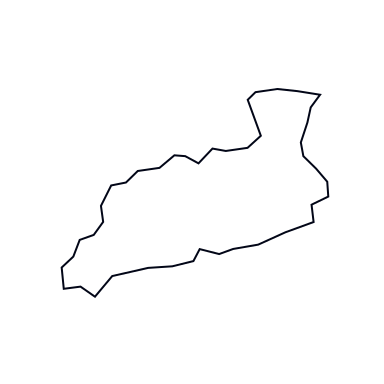 the District of Lipljan, rotated 340°
{"feature_id": "KOS-5903", "entity_name": "Lipljan", "entity_type": "District", "adm_level": 1, "iso_a3": "XKX", "parent_name": "Kosovo", "parent_adm1": "", "projection": "orthographic", "projection_center": [21.101, 42.527], "detail": "fine", "context": "isolated", "style": "outline", "palette": "ink", "viewbox_px": 384, "rotation_deg": 340, "n_neighbors": 0, "source": "natural_earth", "source_scale": "10m", "svg_char_len": 708}
<svg xmlns="http://www.w3.org/2000/svg" viewBox="0 0 384 384"><g transform="rotate(340 192 192)"><path d="M43.7,218.4L58.4,212.1L70.1,198.6L85.0,198.7L98.3,189.7L101.7,173.9L118.3,158.2L133.2,160.5L148.2,153.7L169.7,158.2L188.0,151.5L197.9,156.0L207.9,167.3L226.1,158.2L237.8,165.0L259.3,169.5L275.9,162.7L275.9,144.7L275.9,124.4L285.8,119.9L307.4,124.4L325.6,133.3L345.6,144.4L332.5,153.1L324.2,166.2L311.2,182.7L308.9,196.4L316.6,212.5L322.6,228.6L318.5,242.9L300.0,244.8L296.0,261.8L266.1,261.8L236.2,264.1L211.2,259.6L196.3,259.6L179.7,248.3L169.7,257.4L148.1,255.1L124.8,248.3L106.5,246.0L88.3,243.7L65.0,257.2L54.9,242.8L38.4,239.1L43.7,218.4Z" fill="none" stroke="#020617" stroke-width="2"/></g></svg>